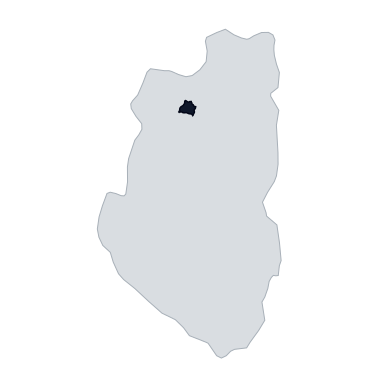 Minjay, Lhuntshi, Bhutan shown in context, rotated 273°
{"feature_id": "84629894B76587395508507", "entity_name": "Minjay", "entity_type": "district", "adm_level": 2, "iso_a3": "BTN", "parent_name": "Bhutan", "parent_adm1": "Lhuntshi", "projection": "robinson", "projection_center": [91.245, 27.585], "detail": "fine", "context": "in_parent", "style": "filled", "palette": "ink", "viewbox_px": 384, "rotation_deg": 273, "n_neighbors": 0, "source": "geoboundaries", "source_scale": "gbopen_adm2", "svg_char_len": 3464}
<svg xmlns="http://www.w3.org/2000/svg" viewBox="0 0 384 384"><g transform="rotate(273 192 192)"><path d="M311.9,162.8L311.3,165.4L308.6,172.4L306.8,179.9L308.3,186.1L314.5,193.5L322.9,199.3L333.5,199.8L343.3,197.5L347.2,198.5L352.5,208.3L356.3,216.8L351.2,225.6L348.4,233.3L347.4,238.7L348.1,241.1L351.2,245.5L354.9,253.1L355.4,260.0L353.1,264.6L348.1,266.9L342.7,266.2L338.3,266.3L332.7,267.1L324.0,269.7L315.9,273.0L300.8,272.4L294.7,265.5L291.8,265.5L278.1,274.4L263.0,272.8L235.7,275.8L224.2,276.5L212.5,275.5L206.6,273.6L195.5,267.4L185.5,262.9L175.3,267.0L171.8,267.8L163.6,278.5L145.9,282.0L128.2,284.6L123.0,283.1L113.1,282.5L112.7,280.0L113.0,277.6L110.8,275.7L106.7,273.7L99.8,272.8L90.9,270.2L85.8,267.6L67.7,271.4L57.2,265.8L45.2,258.0L39.2,254.7L37.1,242.7L35.0,238.9L30.3,234.8L27.7,230.0L29.8,225.2L41.8,216.0L42.7,213.9L48.4,196.9L56.0,190.7L63.6,182.1L69.4,168.4L80.5,154.4L92.6,140.0L101.0,128.3L106.5,122.9L117.9,117.0L127.4,113.6L134.0,105.7L142.0,101.4L150.1,99.4L162.2,100.5L173.6,103.3L186.1,107.2L187.5,110.3L186.5,115.9L184.6,121.5L184.6,124.4L186.5,126.0L198.7,127.1L213.7,126.2L222.1,127.0L240.8,132.2L246.3,135.9L252.0,138.7L257.6,138.2L264.6,132.1L272.1,127.0L276.7,126.2L280.0,127.9L286.0,132.7L298.3,137.3L309.3,140.8L312.9,144.1L311.7,158.1L311.9,162.8Z" fill="#d9dde1" stroke="#a8b0b8" stroke-width="1"/><path d="M270.9,174.9L271.0,174.9L270.9,175.0L271.0,175.1L271.1,175.3L271.2,175.5L271.3,175.8L271.3,176.0L271.4,176.3L271.5,176.3L271.5,176.5L271.4,176.7L271.3,176.8L271.4,177.0L271.5,177.2L271.5,177.3L271.5,177.5L271.4,177.6L271.3,177.9L271.2,178.1L271.1,178.3L270.9,178.4L270.8,178.6L270.8,178.9L270.7,179.1L270.7,179.3L270.7,179.6L270.8,179.6L270.8,179.9L270.8,180.0L270.8,180.3L270.8,180.6L270.7,180.8L270.8,181.0L270.9,181.4L270.9,181.5L270.9,181.9L270.9,182.0L271.0,182.1L271.0,182.4L271.0,182.5L270.9,182.8L270.7,183.0L270.6,183.3L270.5,183.6L270.4,183.8L270.3,184.0L270.3,184.3L270.1,184.6L270.0,184.9L270.0,185.0L270.0,185.4L270.0,185.5L269.9,186.0L269.9,186.3L269.9,186.5L270.0,186.6L269.9,187.0L269.9,187.3L269.7,187.6L269.6,187.8L269.4,187.9L269.2,188.0L268.9,188.4L268.9,188.5L268.7,188.7L268.4,188.8L268.5,188.9L268.8,189.1L269.5,189.3L269.9,189.4L270.2,189.5L270.5,189.6L270.9,189.9L271.2,190.1L271.7,190.2L272.2,190.2L272.7,190.1L273.2,189.9L273.5,189.9L274.0,189.9L274.4,190.0L275.0,190.5L275.5,190.9L275.8,191.0L276.3,191.0L276.7,191.1L276.9,191.2L277.2,191.2L277.4,191.2L277.4,190.8L277.5,190.6L277.5,190.4L277.6,190.2L277.7,189.7L277.8,189.5L277.9,189.3L278.0,189.2L278.4,189.0L278.6,189.0L278.7,188.9L278.9,188.8L279.1,188.7L279.3,188.4L279.4,188.2L279.5,188.0L279.6,187.8L279.7,187.6L280.0,187.5L280.4,187.2L280.8,187.1L281.1,187.1L281.3,186.8L281.6,186.7L282.0,186.5L282.3,186.5L282.4,186.4L282.3,186.1L282.2,185.6L282.2,185.1L282.1,184.8L281.7,184.4L281.5,184.0L281.6,183.7L281.8,183.2L282.0,182.6L282.2,182.2L282.6,181.6L282.8,181.3L282.9,181.0L283.0,180.7L282.8,180.4L282.5,180.1L282.2,180.0L281.9,180.0L281.6,180.0L281.2,180.0L280.6,180.0L280.4,180.0L280.1,180.0L279.9,179.9L279.5,179.6L279.0,179.2L278.6,179.0L277.9,178.6L277.7,178.2L277.3,177.9L277.2,177.7L277.0,177.1L276.7,176.9L276.4,176.4L276.1,176.2L275.8,176.0L275.2,175.6L274.6,175.5L274.2,175.4L273.8,175.4L273.6,175.4L273.4,175.4L273.2,175.5L272.8,175.6L272.6,175.6L272.4,175.6L272.2,175.4L272.0,175.2L271.8,175.0L271.7,174.9L271.3,174.8L271.2,174.7L271.1,174.8L270.9,174.9Z" fill="#0f172a" stroke="#020617" stroke-width="1.5"/></g></svg>